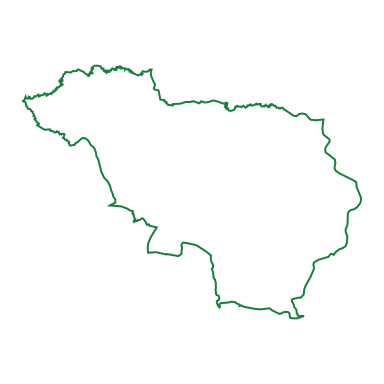 Khuan Don, Satun, Thailand (Albers equal-area conic projection)
{"feature_id": "78962969B23587469316424", "entity_name": "Khuan Don", "entity_type": "district", "adm_level": 2, "iso_a3": "THA", "parent_name": "Thailand", "parent_adm1": "Satun", "projection": "albers", "projection_center": [100.075, 6.762], "detail": "fine", "context": "isolated", "style": "outline", "palette": "green", "viewbox_px": 384, "rotation_deg": 0, "n_neighbors": 0, "source": "geoboundaries", "source_scale": "gbopen_adm2", "svg_char_len": 5821}
<svg xmlns="http://www.w3.org/2000/svg" viewBox="0 0 384 384"><path d="M323.4,119.5L315.9,120.3L311.2,119.8L310.0,119.2L305.8,114.4L302.6,113.5L299.3,114.0L296.4,116.2L293.8,115.9L284.6,109.6L283.7,109.5L282.7,107.7L281.1,107.8L280.2,108.5L279.6,108.1L279.0,108.3L277.6,107.5L276.6,107.8L276.2,106.9L275.3,106.5L275.2,105.7L273.4,105.6L272.7,104.5L271.4,104.1L270.1,104.6L270.1,105.0L270.6,105.4L269.3,106.1L269.3,107.2L268.0,106.9L267.9,106.0L267.4,106.3L266.4,105.9L266.0,105.1L265.7,105.7L264.6,105.6L264.2,106.5L263.4,106.2L261.9,106.6L261.4,105.7L260.5,105.4L260.7,104.0L259.8,103.8L256.3,104.6L256.2,103.8L253.4,105.4L251.3,105.5L251.0,104.5L250.4,104.4L250.2,105.1L249.2,105.0L248.3,105.8L247.4,105.5L247.0,106.8L245.5,107.7L243.5,105.8L241.5,107.2L240.4,106.5L239.1,106.7L237.2,105.8L236.6,107.0L235.4,106.6L234.2,109.9L231.1,110.8L229.2,110.7L228.0,109.7L228.0,108.5L227.2,108.5L227.0,107.8L226.4,108.3L226.4,107.4L225.7,107.6L225.0,106.9L225.3,105.4L226.8,105.3L227.2,104.7L227.3,103.0L225.7,102.7L225.7,103.9L225.3,104.1L213.8,100.4L207.8,102.2L204.8,102.5L201.2,101.3L200.0,102.8L199.3,102.7L199.0,103.3L193.3,101.1L192.8,101.6L191.6,101.4L190.7,102.1L185.9,101.9L180.2,103.7L172.9,104.1L172.9,105.4L168.1,104.9L167.4,103.8L166.4,103.5L166.4,102.2L165.6,102.3L165.2,101.3L164.4,101.3L164.4,100.0L160.4,99.7L158.5,90.3L154.6,89.5L153.9,88.9L153.8,88.2L155.1,84.7L152.7,79.9L151.0,75.3L150.8,71.7L151.6,69.5L149.8,69.5L147.9,71.5L145.0,71.8L142.8,71.2L141.7,72.7L142.6,73.5L142.5,74.1L141.7,74.3L141.3,75.0L140.4,74.3L138.3,75.4L134.1,73.6L132.3,72.1L132.5,73.1L131.7,72.9L130.6,71.0L129.6,71.6L129.2,70.6L129.8,69.9L128.8,69.2L128.0,69.1L127.0,69.6L125.5,68.5L125.1,69.1L125.1,68.6L123.4,68.3L120.0,66.3L119.5,66.5L119.5,66.9L121.2,67.7L121.4,68.4L120.4,68.4L117.6,67.0L116.6,67.0L116.3,67.9L115.3,68.8L115.8,69.4L116.6,69.2L116.5,69.8L115.6,70.1L114.1,69.7L112.5,68.4L111.2,69.3L111.2,70.5L109.1,70.6L109.2,71.9L107.2,72.2L106.9,70.5L106.0,70.6L105.9,72.1L105.1,70.9L104.7,71.5L103.8,71.0L103.4,68.6L102.0,69.1L101.4,68.2L101.5,67.3L100.8,67.1L100.4,66.2L96.9,65.6L96.5,65.9L94.7,65.7L93.2,66.7L93.1,68.1L91.8,67.7L91.6,68.0L91.5,69.0L92.5,69.5L91.4,70.7L91.5,72.2L92.2,72.6L92.4,73.4L91.1,73.2L90.2,72.4L89.2,74.0L89.7,74.8L88.8,76.1L88.0,75.9L87.5,74.8L84.7,73.2L83.9,72.1L78.3,69.4L77.2,69.9L76.5,71.0L72.5,71.2L70.8,72.5L66.1,72.0L65.1,72.3L65.1,73.6L63.4,74.4L63.1,76.8L61.4,78.4L62.5,79.8L62.6,80.7L61.6,81.1L60.1,80.0L59.3,81.1L59.4,81.7L61.8,83.2L62.4,84.2L61.7,84.2L61.6,83.8L60.8,84.2L61.7,85.2L60.0,86.0L59.0,87.1L58.4,87.1L57.9,87.9L57.0,87.3L56.3,88.3L56.4,89.1L55.8,89.0L55.8,90.3L55.0,90.4L54.8,91.0L53.9,90.8L54.2,91.5L53.7,92.1L51.9,92.5L51.4,94.1L50.2,93.4L48.6,94.4L47.6,94.0L47.6,95.1L46.5,95.7L45.5,93.8L44.5,93.2L43.5,94.8L41.2,95.2L39.1,96.5L38.7,94.8L38.2,94.5L36.1,96.4L34.5,96.2L34.0,97.4L32.0,98.8L30.8,98.8L30.0,97.3L28.7,96.7L28.6,98.5L27.8,98.7L25.9,98.0L25.6,96.9L24.4,100.0L23.0,100.9L23.1,101.4L25.3,102.1L26.1,104.2L25.8,105.2L26.3,106.1L27.0,106.4L26.9,106.8L27.9,108.7L30.2,109.1L31.2,110.3L31.3,111.2L32.8,111.8L32.8,113.0L33.8,114.6L33.5,116.0L34.7,116.4L34.8,117.6L35.5,118.4L34.5,119.1L34.5,119.4L35.8,120.3L35.9,120.9L36.7,121.5L36.8,122.4L38.9,123.6L38.7,124.4L37.2,125.2L43.9,129.4L45.4,129.7L50.1,129.4L50.4,130.8L52.8,131.2L54.6,132.4L55.9,132.2L56.7,131.5L56.8,132.1L58.6,131.9L58.7,132.8L59.7,134.4L60.6,134.0L61.3,134.5L61.9,133.7L64.4,134.1L64.2,135.5L63.0,138.0L64.2,138.3L65.2,139.8L66.7,139.8L67.3,141.1L68.9,141.6L69.3,142.3L68.8,143.2L69.8,145.4L70.9,145.5L74.7,144.8L75.5,143.0L76.9,142.6L81.3,138.8L82.9,138.0L85.6,138.4L88.2,140.6L90.9,145.1L93.5,147.2L94.4,148.4L95.9,152.5L96.5,156.4L98.2,159.1L101.3,171.8L104.2,177.8L107.6,181.2L110.0,185.8L111.3,190.8L112.8,193.9L113.1,196.1L115.3,199.4L115.3,202.6L109.9,205.5L121.3,206.4L127.1,208.6L131.0,210.9L132.9,211.2L132.6,212.3L133.1,212.9L132.6,213.6L133.3,213.8L133.2,214.4L134.0,215.4L133.8,216.4L134.4,217.3L134.5,218.8L135.4,219.2L135.0,220.1L133.7,221.1L133.6,221.6L134.0,222.1L135.6,220.9L137.3,221.0L137.8,220.1L140.1,219.7L141.8,218.4L142.5,218.3L143.4,218.9L145.6,221.9L146.8,224.7L147.5,224.9L148.0,224.4L149.0,224.4L149.5,225.7L156.8,227.4L150.8,237.1L148.2,243.4L147.7,248.4L148.1,252.7L156.4,252.2L166.2,254.5L166.5,254.0L178.3,256.1L181.5,253.9L181.6,250.7L182.1,247.7L181.5,245.8L181.5,244.5L182.7,242.8L183.9,242.6L194.4,244.7L196.9,245.5L206.0,251.4L210.9,255.4L210.8,259.2L211.3,261.7L213.1,264.9L213.1,267.5L211.9,268.8L213.2,273.0L213.6,277.9L215.0,279.6L215.9,283.7L215.7,286.0L216.0,286.9L215.5,290.6L216.1,291.9L215.8,293.4L216.6,294.9L218.6,295.7L219.2,297.3L219.0,299.6L217.0,301.0L216.7,301.8L217.6,304.8L219.2,307.5L219.7,307.3L220.0,306.5L219.3,304.6L220.0,303.8L221.3,303.1L228.4,302.5L231.4,301.7L235.0,302.1L236.2,303.3L239.7,304.6L239.4,306.0L242.2,305.6L243.4,306.6L244.8,307.0L255.7,309.0L261.4,309.3L269.5,308.3L272.7,310.7L279.8,314.0L283.7,312.1L287.6,311.9L288.9,312.6L289.4,313.6L290.1,317.7L293.2,318.4L297.5,318.3L304.1,315.9L299.6,316.1L297.6,315.5L297.6,314.1L296.7,313.1L296.4,310.0L295.9,309.0L294.2,307.2L293.8,304.6L292.0,301.6L291.8,299.7L292.7,299.1L297.5,297.8L300.8,297.6L303.7,294.5L304.3,289.1L305.7,285.5L310.4,277.2L314.1,268.4L313.4,264.6L313.7,263.0L314.3,262.3L318.4,259.8L328.5,256.8L330.5,254.1L331.9,253.9L333.7,254.9L335.5,252.3L339.2,249.4L343.3,247.8L345.6,246.1L347.0,242.6L347.2,239.8L347.2,235.5L345.9,232.6L345.6,230.4L345.8,228.9L347.4,225.1L347.6,223.3L347.8,213.6L349.3,211.0L351.5,209.8L354.5,209.1L357.4,206.9L360.2,203.2L360.8,201.0L361.0,198.5L360.6,196.7L356.7,187.2L356.2,182.2L353.2,180.2L340.1,173.7L335.6,170.7L334.5,168.0L335.4,162.8L334.8,159.4L325.7,152.4L325.1,150.0L325.6,147.4L329.4,141.9L329.7,140.4L329.2,139.1L323.9,135.0L323.1,133.8L322.4,128.8L323.4,119.5Z" fill="none" stroke="#15803d" stroke-width="2"/></svg>